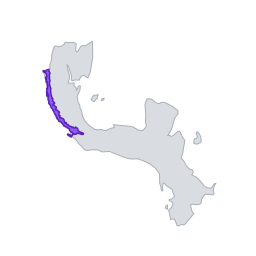 Kuna Yala highlighted on a map of Panama, rotated 219°
{"feature_id": "PAN-1419", "entity_name": "Kuna Yala", "entity_type": "Indigenous Territory", "adm_level": 1, "iso_a3": "PAN", "parent_name": "Panama", "parent_adm1": "", "projection": "orthographic", "projection_center": [-78.371, 9.056], "detail": "fine", "context": "in_parent", "style": "filled", "palette": "violet", "viewbox_px": 256, "rotation_deg": 219, "n_neighbors": 0, "source": "natural_earth", "source_scale": "10m", "svg_char_len": 6665}
<svg xmlns="http://www.w3.org/2000/svg" viewBox="0 0 256 256"><g transform="rotate(219 128 128)"><path d="M229.8,119.1L229.1,119.6L227.1,122.6L225.9,125.1L228.6,127.8L229.4,130.7L230.9,133.7L233.3,136.8L235.9,142.6L236.5,144.9L235.8,146.4L233.3,147.3L231.0,150.0L230.3,153.3L230.8,155.0L223.8,160.2L222.0,161.1L220.8,160.3L219.3,157.7L217.5,155.5L216.6,154.8L216.0,154.8L215.4,155.3L215.2,156.4L216.1,161.3L215.3,163.4L213.0,164.9L210.3,172.9L209.2,171.9L200.2,161.1L192.4,147.7L190.8,141.6L192.8,141.3L194.8,141.4L195.8,140.5L197.0,138.7L196.1,134.6L199.8,131.5L201.3,129.4L202.3,129.7L204.8,133.2L208.3,135.3L212.7,138.2L215.5,138.9L212.0,135.8L206.1,131.7L204.4,129.0L202.8,125.2L200.5,126.9L199.4,128.2L198.2,129.0L197.2,128.1L197.0,126.9L193.5,126.6L192.6,125.5L191.7,124.9L192.1,127.3L192.8,128.7L192.4,130.4L191.3,130.6L190.3,128.8L189.1,127.1L187.4,120.3L183.4,117.1L181.6,116.0L180.1,115.6L177.9,113.4L175.0,112.2L171.0,108.8L166.1,106.4L160.2,105.5L152.9,106.0L150.5,107.4L148.8,109.1L148.0,109.9L143.8,111.8L142.1,114.7L141.1,117.1L138.9,119.8L141.4,121.4L127.4,130.6L124.6,132.0L118.3,132.9L116.9,133.9L114.9,135.7L114.7,138.4L114.9,140.8L116.8,142.7L118.4,143.8L122.3,149.3L129.1,156.3L130.5,158.9L131.5,162.6L129.4,164.4L127.8,165.1L121.2,165.4L118.9,166.9L118.0,169.2L115.5,171.0L107.0,172.8L100.3,173.0L98.3,170.8L97.8,164.8L93.4,154.4L92.3,147.3L91.2,148.2L88.8,149.0L88.0,150.8L87.4,156.0L86.5,157.8L84.7,157.6L80.9,155.7L75.9,153.9L69.6,142.8L68.9,140.7L67.7,138.2L62.8,137.1L58.6,135.2L54.0,134.8L51.7,135.9L49.3,134.5L48.9,131.5L44.1,132.8L37.9,132.2L32.4,130.9L28.6,131.5L25.4,133.6L25.8,139.2L24.9,140.2L24.7,138.0L23.7,135.4L22.4,133.2L19.6,130.9L19.5,130.1L20.6,129.0L25.7,125.8L26.3,124.5L26.4,121.7L26.0,119.0L23.8,115.0L25.1,112.6L27.7,110.7L30.4,109.1L30.9,108.5L30.4,107.1L28.8,105.7L25.2,103.2L23.0,103.0L23.0,95.9L23.2,88.3L23.8,87.6L25.1,87.2L26.2,86.0L26.9,83.8L28.5,83.0L31.3,84.8L34.2,86.3L35.4,85.8L36.4,85.1L37.0,84.4L37.2,83.7L39.6,85.7L44.3,89.4L44.6,91.1L44.1,92.8L45.4,97.6L47.9,98.3L50.4,97.4L51.0,98.3L50.5,99.2L49.2,100.2L48.8,104.3L52.9,106.3L55.0,108.1L61.8,107.3L64.3,107.8L66.0,107.3L64.2,104.0L61.6,101.5L61.8,100.4L63.8,101.2L65.2,102.9L68.6,105.0L74.7,112.3L81.8,114.1L87.4,113.9L92.6,113.0L101.0,110.2L107.0,105.2L111.9,103.0L127.5,98.2L133.0,93.2L135.4,92.6L137.6,92.0L142.5,88.2L145.2,85.2L147.9,83.7L156.2,84.8L161.5,86.2L165.2,86.1L168.7,87.1L170.3,89.2L171.9,90.2L180.6,89.9L187.8,91.0L203.4,97.4L212.8,103.7L217.8,110.4L229.8,119.1ZM72.1,168.5L70.1,168.7L65.9,167.0L62.9,163.9L62.6,162.9L62.7,161.8L64.4,158.7L66.6,157.6L67.5,157.6L69.6,161.3L68.2,162.7L68.7,165.0L71.7,166.7L72.1,168.5ZM173.1,133.6L172.3,135.2L170.6,131.6L170.9,130.7L170.8,127.5L172.4,126.7L173.6,126.6L174.7,127.1L175.3,130.8L174.8,132.5L173.1,133.6ZM49.4,91.2L48.9,93.0L46.1,89.8L47.8,89.3L48.4,89.3L49.4,91.2ZM166.8,134.3L165.2,136.0L164.5,134.4L165.7,132.8L166.1,132.8L166.8,134.3Z" fill="#d9dde1" stroke="#a8b0b8" stroke-width="1"/><path d="M229.8,118.9L229.8,119.4L229.4,119.7L228.8,119.7L228.2,119.9L227.6,120.2L227.6,120.5L227.7,120.9L227.8,121.6L227.3,122.5L226.3,123.7L225.3,122.4L224.8,122.3L223.4,121.7L222.9,121.1L222.6,119.8L222.2,119.3L221.0,118.2L220.4,117.3L219.4,116.4L218.5,115.7L218.2,115.4L218.0,115.1L218.0,114.8L217.9,114.3L217.6,113.8L217.2,113.3L215.7,111.9L215.3,111.6L214.7,111.3L213.7,110.6L213.1,110.3L212.7,110.0L212.5,109.6L212.2,109.1L211.8,108.5L209.8,106.4L208.7,105.5L205.9,103.5L204.9,103.5L204.1,102.2L203.8,102.0L203.4,101.8L200.8,101.2L200.6,101.0L200.5,100.8L200.9,100.2L201.1,99.8L200.9,99.0L200.6,98.7L200.4,98.6L200.2,98.7L200.1,98.9L200.0,99.0L199.9,99.1L199.6,99.2L198.7,99.0L197.8,99.0L197.0,99.1L196.7,98.9L196.4,98.6L196.1,97.6L195.9,96.9L195.8,96.7L195.5,96.6L194.2,97.3L193.9,97.4L193.6,97.3L192.9,97.2L191.8,97.2L191.3,97.1L191.1,97.0L191.0,96.7L191.1,96.4L191.0,96.2L190.9,95.8L190.7,95.5L190.5,95.3L190.2,95.2L190.0,94.8L189.8,94.5L189.5,94.2L189.2,94.2L189.0,94.4L188.7,94.6L188.4,94.7L188.1,93.9L187.9,93.6L187.4,93.1L187.1,93.1L186.9,93.2L186.5,93.7L186.4,93.8L184.4,94.3L183.8,94.3L183.2,94.2L182.7,93.9L181.4,92.9L180.5,92.3L180.1,92.2L179.9,92.3L179.9,93.0L179.7,93.2L179.5,93.3L178.9,93.1L178.3,92.4L178.1,92.3L177.9,92.3L177.6,92.3L177.2,92.6L176.9,92.8L176.5,92.9L175.3,92.7L174.7,92.7L174.1,92.8L173.9,92.9L173.4,93.3L173.1,93.4L172.5,93.4L172.1,93.3L171.9,93.2L171.7,93.3L171.7,93.5L171.6,93.9L171.4,94.1L171.0,93.9L170.7,93.9L170.4,93.9L169.5,94.3L169.2,94.5L169.2,95.0L169.3,95.2L169.4,95.4L169.4,95.6L168.9,95.8L167.2,95.9L166.7,95.8L166.4,95.6L166.2,95.4L165.9,95.1L165.1,94.7L164.6,94.6L164.0,94.6L163.5,94.6L163.0,94.7L160.5,95.5L159.2,95.7L158.9,95.5L158.9,95.2L159.0,94.8L159.2,94.4L159.5,94.2L160.2,93.8L160.3,94.2L160.5,94.2L161.2,93.6L162.2,93.0L162.8,92.7L163.5,92.5L163.9,92.3L164.1,92.0L164.2,91.8L164.3,91.6L164.3,91.0L164.5,90.6L164.9,90.0L165.2,89.7L165.6,89.5L165.8,89.4L166.1,89.4L166.4,89.3L166.6,89.1L166.6,85.9L166.6,85.1L167.6,85.0L168.9,84.8L170.5,84.7L171.0,85.0L171.0,85.4L170.3,85.8L169.9,85.7L169.5,86.0L169.1,86.0L167.9,86.1L167.3,86.3L166.9,86.9L167.0,87.8L167.2,89.0L167.9,89.3L168.5,89.1L168.8,89.3L169.3,89.2L169.8,89.1L170.2,89.1L170.6,89.2L171.1,89.2L171.8,89.4L172.2,89.6L172.5,89.8L172.8,90.1L173.0,90.4L173.7,90.3L174.0,90.3L174.4,90.4L174.8,90.3L175.0,90.0L175.4,89.9L176.1,90.1L177.2,89.9L177.5,89.5L178.1,89.6L178.5,89.6L179.0,89.4L179.5,89.2L179.8,89.7L180.4,89.9L180.9,89.9L182.1,90.2L183.0,90.2L183.5,90.5L184.1,90.6L184.6,90.4L185.0,90.0L185.7,89.8L186.2,89.9L186.9,90.4L187.5,90.6L188.7,90.6L189.3,91.1L189.7,90.9L190.2,91.1L190.6,91.5L191.0,91.8L192.1,92.3L192.4,92.5L193.0,92.7L193.9,92.9L194.7,93.3L195.3,93.8L195.8,94.0L196.2,94.2L196.5,94.2L197.0,94.4L197.5,94.6L198.1,95.0L198.8,95.4L199.4,95.5L199.9,95.4L200.3,95.5L200.7,95.8L201.2,95.8L201.9,96.3L202.3,96.7L203.2,97.0L204.4,97.1L205.1,97.4L205.6,97.8L205.7,98.3L206.5,99.1L207.0,99.2L207.7,99.5L208.9,100.9L209.5,101.9L210.0,102.6L210.6,103.4L211.9,104.2L211.7,103.7L211.5,103.3L211.1,102.4L211.1,101.8L211.7,102.1L212.2,103.0L212.5,103.4L213.5,104.1L213.6,105.0L214.0,105.4L214.5,105.6L215.0,106.1L215.2,106.6L215.5,107.0L215.9,107.3L216.0,107.7L215.7,108.3L216.4,109.2L216.9,110.3L217.3,110.7L217.6,110.4L217.8,110.5L217.8,111.0L218.6,111.5L219.3,112.2L220.2,113.1L220.9,113.5L220.7,113.2L220.4,112.9L220.2,112.7L220.1,112.3L220.3,112.1L220.7,112.5L221.1,113.0L221.3,113.2L222.4,114.1L222.2,114.7L222.9,115.3L223.1,114.7L223.5,114.7L223.8,115.4L223.7,116.0L223.6,116.6L223.5,117.0L223.9,117.4L225.1,118.2L226.0,118.7L227.2,118.9L228.4,118.8L229.1,118.4L229.2,118.5L229.4,118.7L229.6,118.8L229.8,118.9Z" fill="#8b5cf6" stroke="#5b21b6" stroke-width="1.5"/></g></svg>